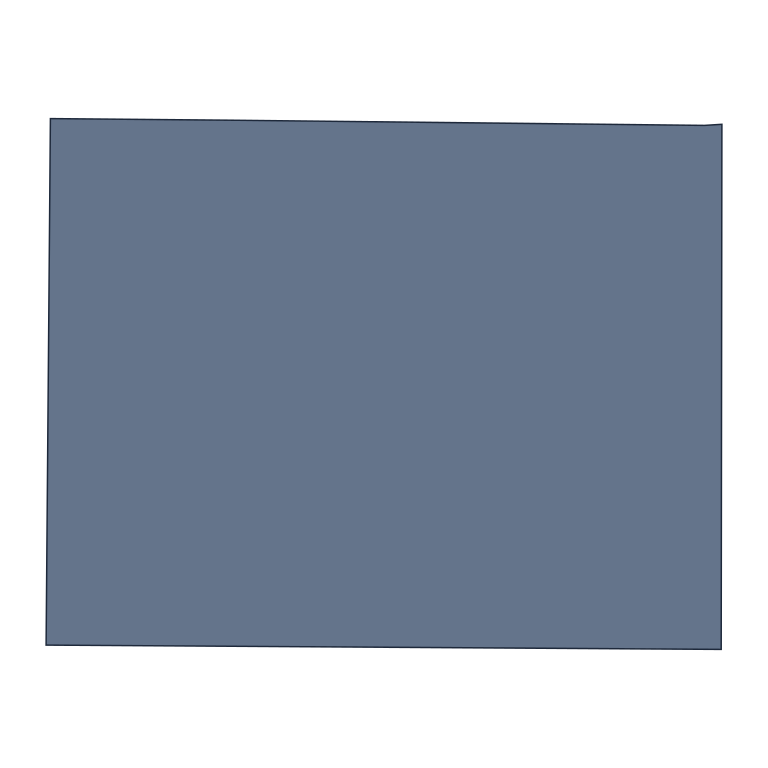 Coke, Texas, United States of America
{"feature_id": "52423323B55584027344898", "entity_name": "Coke", "entity_type": "district", "adm_level": 2, "iso_a3": "USA", "parent_name": "United States of America", "parent_adm1": "Texas", "projection": "mercator", "projection_center": [-100.528, 31.89], "detail": "fine", "context": "isolated", "style": "filled", "palette": "slate", "viewbox_px": 768, "rotation_deg": 0, "n_neighbors": 0, "source": "geoboundaries", "source_scale": "gbopen_adm2", "svg_char_len": 214}
<svg xmlns="http://www.w3.org/2000/svg" viewBox="0 0 768 768"><path d="M229.3,120.2L50.4,118.6L46.1,645.1L721.2,649.4L721.9,124.3L704.5,125.4L229.3,120.2Z" fill="#64748b" stroke="#1e293b" stroke-width="1.5"/></svg>